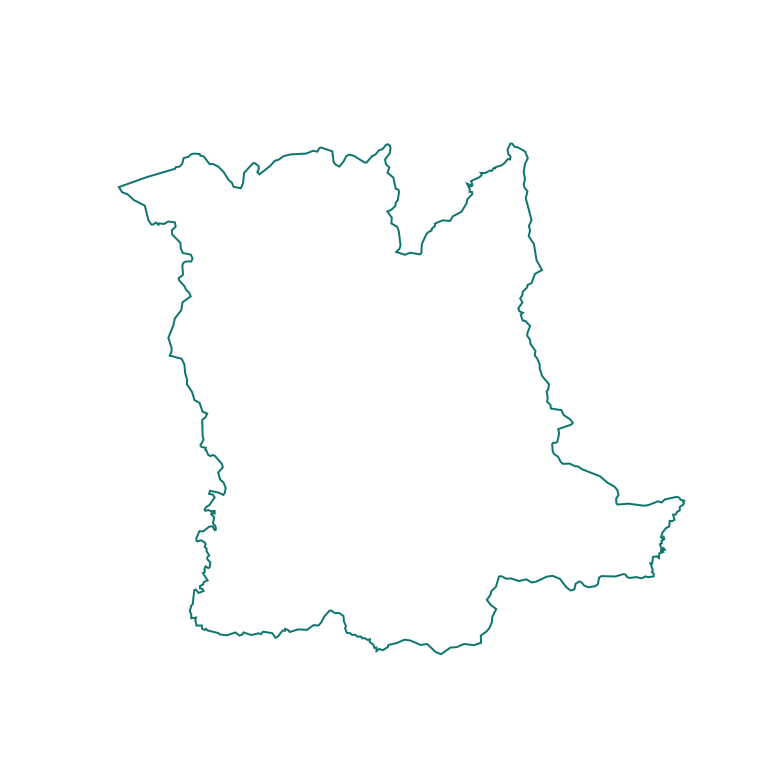 the district of Mueang Nan, Nan, Thailand, rotated 163°
{"feature_id": "78962969B90844485924404", "entity_name": "Mueang Nan", "entity_type": "district", "adm_level": 2, "iso_a3": "THA", "parent_name": "Thailand", "parent_adm1": "Nan", "projection": "albers", "projection_center": [100.677, 18.865], "detail": "fine", "context": "isolated", "style": "outline", "palette": "teal", "viewbox_px": 768, "rotation_deg": 163, "n_neighbors": 0, "source": "geoboundaries", "source_scale": "gbopen_adm2", "svg_char_len": 6166}
<svg xmlns="http://www.w3.org/2000/svg" viewBox="0 0 768 768"><g transform="rotate(163 384 384)"><path d="M181.2,565.3L186.7,571.0L189.7,572.7L191.2,576.4L192.8,577.0L197.3,572.1L197.9,567.7L196.5,564.7L197.7,561.9L199.8,562.9L204.5,559.9L208.1,558.7L213.8,558.8L214.6,557.7L215.9,558.4L218.8,556.3L220.2,557.1L225.8,556.2L229.7,557.6L229.2,556.2L230.1,554.9L232.5,553.8L241.5,552.6L241.2,549.9L242.4,549.2L241.4,548.2L242.4,547.5L244.8,548.5L244.7,550.3L246.0,551.3L245.0,545.1L246.0,542.7L243.7,541.8L244.0,539.8L250.3,536.3L252.1,532.8L259.5,526.1L269.2,524.2L273.1,520.6L280.3,523.4L288.4,522.5L289.1,520.2L293.0,518.4L293.6,516.9L297.7,516.1L300.2,514.3L306.8,506.9L310.0,498.3L311.5,497.4L320.7,501.9L326.1,501.4L333.7,506.7L329.7,508.8L327.7,511.6L325.2,525.6L325.4,530.4L330.0,535.4L327.9,540.9L330.4,548.0L326.6,548.3L321.2,550.8L319.6,554.1L317.1,555.8L313.3,563.6L313.5,565.7L315.7,567.4L314.7,578.6L318.9,585.1L315.6,589.5L317.9,593.7L317.3,598.5L311.2,602.8L308.8,607.6L308.6,610.2L310.3,612.2L312.4,612.0L316.5,609.1L320.7,608.9L325.0,606.0L328.7,605.4L336.0,600.9L337.8,601.5L346.1,611.0L350.4,613.6L353.6,612.8L357.7,608.5L363.2,605.0L366.0,607.8L367.3,611.0L365.4,621.6L375.2,628.6L376.9,628.5L379.8,625.7L383.8,627.8L391.0,627.1L406.5,630.9L413.6,631.2L419.3,629.3L423.2,629.4L428.7,626.0L441.8,620.9L443.2,623.7L440.9,626.2L440.1,628.9L443.0,633.0L444.6,633.5L456.1,626.8L460.0,617.3L463.7,613.0L470.2,616.6L470.6,620.9L472.9,624.5L475.5,633.9L479.1,640.6L483.4,644.5L486.5,645.2L489.8,654.2L493.0,656.2L493.0,657.8L498.4,659.9L501.3,660.1L504.6,658.4L509.5,658.7L512.6,653.6L515.7,651.7L519.8,652.2L520.9,650.9L550.3,651.2L580.0,649.8L578.4,644.0L573.7,640.3L569.6,633.2L560.6,624.5L561.4,609.7L559.9,604.6L558.2,604.0L555.0,605.1L553.1,602.2L552.1,603.4L547.8,601.4L542.6,602.4L536.8,599.7L537.2,595.4L541.9,593.1L542.8,588.8L537.4,578.4L538.7,572.9L538.1,568.1L531.0,564.3L530.3,560.2L532.5,557.5L537.7,559.1L540.6,558.4L542.2,556.3L544.0,548.0L545.0,546.7L549.3,545.4L549.6,543.1L546.2,535.7L545.6,531.4L543.7,528.7L543.2,524.3L552.7,521.1L556.4,513.8L564.9,507.8L568.2,501.8L576.7,491.2L576.6,480.6L577.9,476.8L580.6,473.8L570.1,467.2L569.2,460.9L571.0,452.5L571.0,445.6L572.6,441.5L569.9,432.7L569.9,424.0L565.9,419.8L565.6,410.5L561.7,407.4L564.7,404.2L568.3,402.9L572.6,387.6L572.8,383.5L577.5,379.1L576.9,377.1L573.1,375.1L574.2,373.2L573.3,372.5L572.9,367.9L571.2,365.8L568.4,366.1L566.8,364.8L562.3,354.8L562.5,351.4L568.5,347.8L568.6,340.6L566.2,336.5L565.8,331.0L567.9,326.7L570.1,324.9L573.9,328.5L581.6,332.7L583.4,330.1L580.1,328.2L579.1,325.0L586.4,319.3L590.1,318.3L592.3,316.4L591.9,315.0L588.6,314.7L587.0,313.1L583.1,312.1L583.9,309.6L586.3,311.0L587.4,310.0L585.3,306.4L588.2,301.0L586.7,297.0L587.4,293.8L588.7,293.7L589.5,298.0L592.9,298.7L599.8,295.9L603.6,297.2L608.6,291.3L609.1,289.0L608.3,288.0L604.7,288.1L601.7,284.8L601.4,282.8L603.1,280.8L601.8,278.5L602.6,275.9L601.3,271.3L603.9,269.7L604.2,268.3L602.3,264.0L604.4,259.6L606.0,259.4L607.8,261.7L609.5,260.2L610.3,256.7L612.5,256.2L610.1,247.7L614.3,247.3L615.5,245.3L619.1,244.5L619.7,242.4L617.5,241.1L617.1,238.8L622.4,238.4L624.1,242.4L625.7,242.4L631.3,229.4L633.1,228.4L636.2,223.4L635.7,219.9L636.8,216.4L632.1,215.6L633.5,213.4L633.9,207.8L628.9,206.4L629.5,203.1L627.5,201.3L625.7,201.8L625.1,200.1L615.2,194.2L614.2,192.5L607.6,189.6L598.6,189.8L595.8,185.6L592.8,185.9L591.0,187.5L584.2,182.7L576.8,182.3L574.9,180.7L572.4,182.4L570.1,181.6L563.7,178.3L562.0,173.1L559.4,173.5L553.0,177.9L550.9,177.0L550.2,178.7L547.8,177.0L546.7,174.4L537.7,174.4L529.4,171.4L521.9,174.0L517.4,172.2L513.8,174.3L509.0,179.1L502.3,183.2L500.9,182.9L497.8,179.2L494.1,178.3L490.6,174.1L491.7,168.7L491.2,163.6L492.7,161.6L492.2,156.8L489.4,155.7L487.7,153.3L485.1,152.8L483.1,150.0L480.0,149.3L479.2,147.1L477.1,146.8L474.3,143.9L472.1,144.0L473.1,141.4L470.4,138.0L470.4,134.5L468.3,134.2L469.3,130.8L466.1,132.1L462.9,129.8L457.1,131.4L456.0,133.2L447.6,132.5L439.2,133.5L433.8,131.0L425.2,123.7L418.7,122.7L413.1,112.8L408.5,108.9L397.5,112.5L391.2,111.1L383.5,112.0L374.3,107.9L366.8,108.2L365.0,115.1L358.0,117.5L354.3,120.0L350.3,124.9L348.7,129.4L342.5,136.0L346.4,141.3L348.8,147.5L343.9,151.2L341.8,154.6L336.3,157.3L330.4,166.2L327.7,165.8L324.0,162.0L319.4,160.9L312.5,156.1L305.1,155.6L300.8,151.0L296.4,150.5L284.7,152.2L278.7,151.2L272.6,146.0L269.2,136.6L265.9,132.0L262.0,131.9L259.2,136.9L255.1,138.1L253.4,137.0L251.4,132.5L247.8,129.8L241.4,128.9L238.0,129.9L235.0,135.9L232.3,136.7L219.0,132.3L210.6,132.2L208.7,131.1L207.9,128.3L206.1,126.8L198.9,125.5L194.5,122.8L190.3,123.6L187.8,122.0L182.3,121.2L181.5,123.6L182.8,126.0L181.4,127.2L181.6,134.7L180.0,133.9L177.3,139.9L173.6,139.6L171.9,137.2L170.4,141.5L166.0,141.7L166.6,143.2L168.0,143.0L167.6,144.1L164.0,143.4L164.7,145.5L166.8,145.3L167.0,150.1L164.9,150.5L164.6,152.7L161.2,153.7L161.3,156.1L163.1,155.1L163.9,156.5L161.1,160.5L156.7,163.6L152.8,164.4L150.8,169.6L148.5,168.6L145.9,169.2L145.7,174.5L143.2,173.9L140.9,176.1L138.1,176.7L137.0,180.0L132.8,181.3L131.9,182.4L132.6,183.8L131.2,184.7L134.4,186.9L134.7,188.8L137.0,190.5L149.1,191.5L153.1,189.5L156.2,191.7L166.7,190.9L171.3,191.7L185.2,198.1L196.1,200.5L196.6,202.3L195.4,206.7L192.5,209.0L192.0,210.8L191.9,214.7L193.8,218.7L199.1,224.2L204.3,232.5L219.2,244.3L222.7,248.5L225.2,249.4L229.7,253.6L236.2,255.3L237.8,257.8L238.8,263.5L241.7,267.2L242.4,270.0L240.8,277.3L239.3,278.4L236.9,277.5L235.1,278.1L231.1,285.3L230.5,289.9L216.8,290.4L214.8,291.5L216.3,295.8L221.3,301.8L222.0,307.1L231.5,311.7L231.0,315.4L233.2,319.4L231.4,323.1L230.7,329.4L228.8,330.4L226.3,335.5L230.4,345.3L230.6,352.9L229.4,357.3L230.0,363.4L231.5,367.2L229.5,371.2L232.2,379.3L231.5,383.8L232.9,388.1L232.1,390.6L227.3,396.8L230.5,403.1L232.8,404.0L233.0,410.4L230.4,411.5L233.2,413.9L233.5,417.0L227.8,421.5L228.7,426.2L226.0,428.2L224.4,431.6L219.3,434.3L217.5,436.8L213.4,437.3L207.4,445.2L199.6,446.7L201.9,458.1L199.7,474.0L202.4,483.2L199.4,488.1L199.2,492.8L195.0,497.5L194.1,520.2L190.5,526.3L192.2,530.9L192.0,534.1L189.3,538.7L188.3,546.4L184.6,553.5L180.4,558.0L181.2,565.3Z" fill="none" stroke="#0f766e" stroke-width="2"/></g></svg>